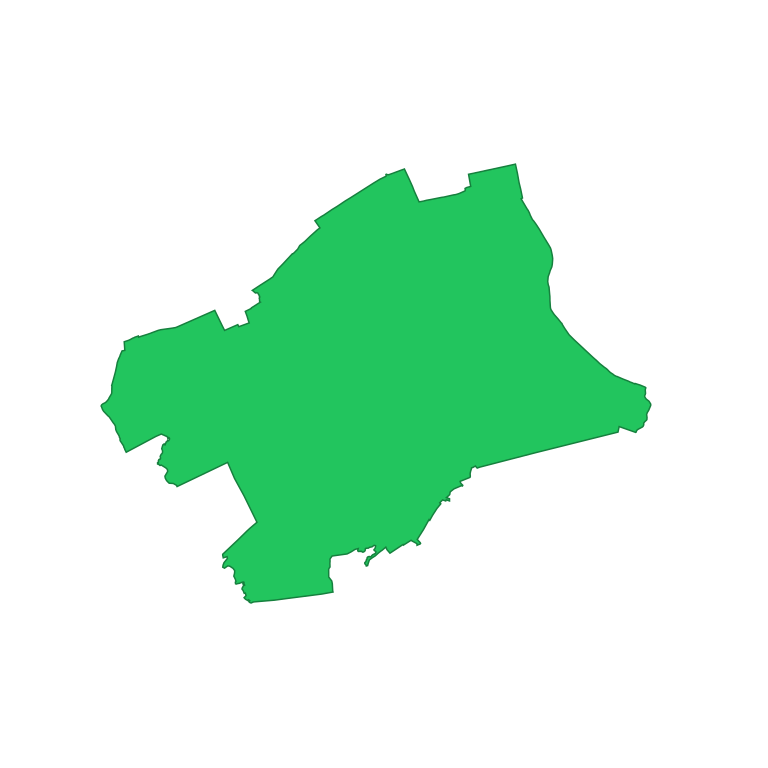 Rociu, Arges, Romania, rotated 205°
{"feature_id": "2599482B73415645943842", "entity_name": "Rociu", "entity_type": "district", "adm_level": 2, "iso_a3": "ROU", "parent_name": "Romania", "parent_adm1": "Arges", "projection": "orthographic", "projection_center": [25.019, 44.661], "detail": "fine", "context": "isolated", "style": "filled", "palette": "green", "viewbox_px": 768, "rotation_deg": 205, "n_neighbors": 0, "source": "geoboundaries", "source_scale": "gbopen_adm2", "svg_char_len": 6171}
<svg xmlns="http://www.w3.org/2000/svg" viewBox="0 0 768 768"><g transform="rotate(205 384 384)"><path d="M637.3,312.5L633.1,304.9L635.4,303.3L635.3,298.7L635.1,297.6L635.1,295.9L635.2,295.1L634.8,290.7L633.7,286.6L632.5,281.3L630.3,268.6L630.2,267.5L629.5,266.8L629.0,265.4L627.1,261.2L626.8,260.0L627.3,255.0L627.2,254.3L627.6,252.3L628.4,249.9L628.8,249.2L630.4,247.2L631.1,245.7L631.1,244.7L630.9,244.3L630.3,243.9L628.3,241.9L626.6,240.8L620.8,238.5L619.2,238.1L613.0,234.4L611.2,233.5L609.6,232.3L607.8,229.3L606.2,227.8L602.1,225.0L601.1,223.7L600.0,223.0L599.8,222.1L599.3,221.3L598.6,220.7L597.3,220.0L593.7,217.7L593.3,217.0L591.9,215.9L591.2,215.1L588.8,213.2L568.5,240.2L564.7,244.5L564.2,244.6L563.3,244.5L562.5,244.6L559.8,244.6L558.7,244.8L557.4,244.0L557.1,243.5L556.8,243.3L556.6,243.6L556.8,244.4L556.2,244.5L555.7,244.3L555.1,243.6L555.1,242.5L555.3,241.5L556.4,241.5L556.3,240.1L556.9,239.5L556.7,236.3L557.5,236.2L558.0,236.7L558.7,235.3L558.1,231.4L556.6,230.0L555.9,228.7L555.7,227.2L556.2,226.3L556.3,223.9L555.2,222.4L555.0,221.7L555.2,221.0L555.8,220.9L556.1,220.2L556.0,218.9L555.5,217.9L555.3,217.2L555.9,216.9L555.4,215.8L554.0,215.9L552.6,215.5L552.1,215.9L551.7,216.4L547.3,215.9L545.7,215.6L544.1,214.9L543.1,213.3L543.6,207.9L542.5,206.3L540.7,204.9L539.4,204.2L536.8,203.3L532.9,204.8L529.3,204.5L528.2,203.6L492.6,246.9L479.5,235.2L463.6,223.5L440.7,205.0L444.4,196.9L446.1,192.8L450.6,180.8L458.2,161.6L458.0,160.9L456.2,158.5L453.3,161.2L452.2,159.7L453.5,154.4L453.3,151.8L452.7,149.8L450.7,149.7L448.7,153.2L446.7,153.7L442.8,153.1L440.4,151.7L439.5,149.4L438.9,146.4L436.3,144.3L434.7,142.5L435.0,141.6L434.1,140.2L433.3,140.3L432.2,141.3L430.7,142.3L429.0,144.2L427.8,145.1L427.1,145.1L426.9,144.3L427.5,143.3L427.0,143.0L425.9,143.4L425.3,142.7L426.1,141.9L426.3,141.1L426.1,140.5L426.3,139.5L426.2,138.6L425.8,137.9L424.5,137.4L422.2,135.2L421.3,135.9L419.6,133.9L420.5,131.2L418.6,130.4L415.9,130.2L415.6,131.2L414.1,130.9L414.4,129.6L412.7,129.2L411.6,129.6L410.7,130.8L409.7,131.6L391.9,141.8L380.8,148.9L351.5,167.4L342.3,173.9L343.1,174.9L346.4,181.1L348.1,183.4L352.5,185.7L355.8,192.6L355.9,193.7L355.6,195.3L357.3,198.7L358.0,200.6L358.9,202.3L358.9,203.4L358.3,206.2L345.6,214.4L342.9,217.9L340.4,221.8L337.8,224.0L337.5,222.1L336.9,221.5L336.5,221.4L335.9,221.7L335.5,222.0L334.8,222.1L334.2,222.8L333.6,222.8L332.6,222.5L331.5,223.1L330.8,224.4L330.8,225.7L331.0,226.3L331.3,226.5L331.3,227.1L330.9,227.5L328.7,228.7L328.2,229.8L326.0,231.4L324.9,233.5L324.3,233.8L323.3,233.9L323.1,233.5L322.6,231.3L322.7,230.8L323.1,229.7L322.8,229.2L322.1,228.9L321.2,228.9L320.5,228.7L320.2,227.9L320.3,226.9L321.0,225.6L321.5,225.3L322.0,224.6L322.6,223.3L322.7,222.5L323.2,221.7L323.4,221.5L324.2,221.5L324.6,221.4L325.7,220.3L325.9,219.7L325.4,218.2L325.7,217.7L325.5,216.5L325.4,215.2L325.9,214.1L325.7,213.4L324.7,212.6L323.4,212.1L323.1,211.6L322.1,212.5L322.5,214.8L322.9,218.4L321.1,221.7L319.3,224.5L317.7,228.3L316.2,231.3L315.6,232.2L313.4,236.9L311.3,235.1L307.1,233.2L298.9,246.6L298.3,246.2L293.4,253.8L292.6,253.6L287.4,253.3L286.6,253.1L285.9,251.8L284.4,253.5L283.8,253.9L283.5,255.0L284.1,255.5L288.2,257.2L286.7,268.7L285.9,280.2L284.9,279.8L284.5,285.5L283.4,293.6L281.9,299.4L283.3,299.9L281.9,303.7L278.6,304.1L278.6,305.3L275.2,305.7L276.1,307.7L279.4,307.4L277.7,311.5L278.4,314.1L277.7,315.7L276.2,318.6L271.0,324.4L269.8,324.7L269.8,325.5L272.5,326.5L273.9,327.9L266.6,335.7L266.8,336.9L268.0,339.0L268.6,341.4L268.9,343.8L269.2,345.1L268.2,345.9L266.5,348.3L265.3,347.7L264.0,347.2L262.1,349.1L217.6,385.8L151.6,439.3L152.9,444.8L135.4,446.5L135.2,446.8L135.3,448.3L135.1,449.4L134.6,450.3L131.6,454.3L131.3,455.2L131.3,456.7L132.1,458.3L131.7,460.1L130.8,462.2L130.7,462.8L131.4,464.7L133.1,467.4L133.3,469.4L133.0,472.0L133.2,477.2L133.5,478.0L134.0,478.7L136.6,480.4L139.8,481.1L141.1,481.8L142.0,482.4L142.5,482.9L142.8,483.6L142.8,484.8L143.0,486.0L144.8,489.2L145.1,491.2L145.9,491.5L151.2,491.3L156.5,490.6L156.6,490.2L156.9,490.0L157.3,490.2L157.7,490.0L159.8,490.0L161.9,489.8L163.3,489.9L169.3,489.5L176.1,489.3L176.7,489.1L178.9,489.2L180.4,489.6L183.8,490.1L186.2,490.9L187.4,491.4L189.0,491.9L191.4,492.3L197.2,493.7L200.6,494.9L205.7,496.4L230.0,504.3L237.0,506.8L243.8,510.8L247.7,513.4L248.1,513.9L248.6,514.2L249.2,514.3L253.4,516.4L258.9,518.8L261.0,520.0L264.0,521.9L265.0,522.9L265.6,523.8L269.0,530.0L269.8,531.7L270.8,533.7L271.6,535.0L275.4,541.6L277.1,543.4L278.9,546.0L280.6,550.7L280.6,551.0L280.8,553.1L280.9,554.5L281.3,556.9L281.4,561.1L282.1,563.7L283.4,567.2L284.2,569.1L285.8,571.6L289.1,576.0L290.6,577.6L293.6,579.7L301.3,584.8L308.8,590.0L313.8,593.1L317.4,595.1L318.9,595.7L322.8,598.8L324.4,600.4L326.8,602.3L328.4,603.2L338.0,609.8L337.1,611.1L342.6,618.5L346.7,623.6L352.1,631.3L357.8,638.8L364.7,633.5L396.0,609.8L388.9,599.7L392.0,597.1L393.2,595.5L392.2,594.0L392.3,593.1L396.3,588.5L398.0,586.9L399.3,585.8L401.0,584.7L408.9,578.6L410.8,577.4L419.1,571.3L423.2,568.4L425.6,566.4L428.4,564.4L428.9,564.2L429.2,563.9L438.1,571.6L441.6,575.0L447.4,580.0L456.4,587.5L468.1,575.7L469.2,575.2L470.6,575.1L470.8,574.7L470.0,573.6L470.0,573.1L474.3,567.8L478.3,561.8L492.9,538.9L496.5,533.5L501.5,525.2L504.7,520.4L510.0,511.5L511.5,509.4L515.6,502.8L508.0,498.4L509.5,495.7L513.2,487.0L516.1,479.5L518.9,473.9L519.2,469.8L521.1,464.5L521.7,463.4L522.1,463.3L526.3,450.3L528.7,443.5L529.1,441.0L530.0,434.0L531.3,431.9L531.7,431.1L537.9,421.3L542.9,413.2L542.2,413.1L541.6,412.9L541.1,412.9L540.5,412.5L539.6,412.4L539.3,412.2L538.9,412.2L538.8,412.4L538.1,412.7L538.0,413.0L537.8,413.1L536.8,413.1L536.5,413.0L536.4,412.8L535.6,412.2L534.9,411.9L534.4,411.1L534.0,411.1L533.6,410.7L533.5,410.3L533.3,410.0L533.2,409.7L533.4,409.4L533.4,409.1L532.7,408.3L531.6,406.2L531.2,405.9L530.7,405.9L536.4,396.9L536.3,396.3L540.4,391.2L536.7,387.5L533.6,384.0L532.0,382.4L539.8,374.6L541.6,376.0L551.1,365.2L555.2,368.4L568.5,379.2L595.3,348.6L596.7,347.1L599.6,345.1L609.2,338.9L611.3,337.2L619.0,329.4L624.6,324.3L626.2,322.7L626.9,323.7L629.8,320.9L630.2,320.2L631.0,319.5L632.8,317.0L634.0,315.6L637.3,312.5Z" fill="#22c55e" stroke="#15803d" stroke-width="1.5"/></g></svg>